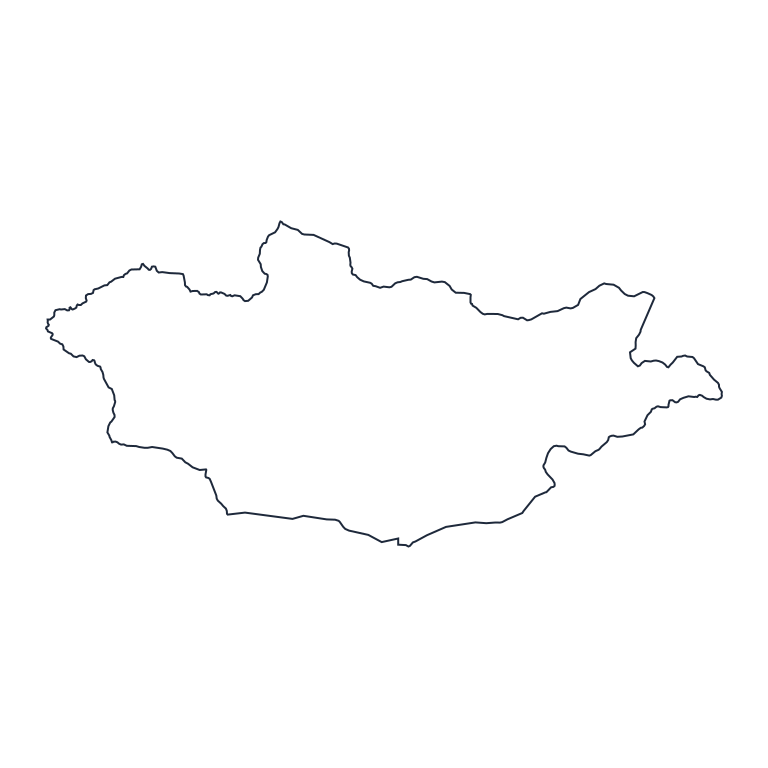 an SVG outline of Mongolia
{"feature_id": "MNG", "entity_name": "Mongolia", "entity_type": "country or territory", "adm_level": 0, "iso_a3": "MNG", "parent_name": "Asia", "parent_adm1": "", "projection": "mercator", "projection_center": [102.872, 46.856], "detail": "fine", "context": "isolated", "style": "outline", "palette": "slate", "viewbox_px": 768, "rotation_deg": 0, "n_neighbors": 0, "source": "natural_earth", "source_scale": "50m", "svg_char_len": 6056}
<svg xmlns="http://www.w3.org/2000/svg" viewBox="0 0 768 768"><path d="M47.6,319.5L50.1,319.5L53.9,316.5L54.3,315.1L54.3,312.5L55.5,310.2L59.7,309.2L61.0,309.5L64.8,309.1L67.2,310.4L69.0,310.3L69.6,309.2L69.6,307.7L70.4,307.3L71.9,309.2L72.7,309.5L74.8,308.6L76.3,307.6L76.8,305.5L77.6,304.5L78.8,305.0L80.8,305.0L82.5,303.4L86.2,301.6L86.6,300.5L85.8,298.1L86.0,295.5L88.1,294.1L91.0,293.9L93.0,292.9L93.6,290.1L94.6,289.3L98.2,288.5L104.4,285.4L107.3,285.1L109.5,282.3L111.1,281.7L115.0,278.7L121.7,276.9L123.3,277.0L123.9,275.2L125.5,273.9L127.1,273.4L129.4,270.5L131.4,269.5L139.6,269.3L141.1,266.8L141.8,264.3L143.0,263.9L144.5,265.9L147.7,268.5L148.7,269.7L149.9,269.9L151.1,268.9L151.9,266.7L153.6,266.4L155.3,266.7L156.8,270.8L158.7,272.5L162.3,272.1L169.7,273.1L179.2,273.5L182.9,274.1L183.6,275.6L184.9,282.4L185.0,285.1L186.0,286.5L187.2,286.9L189.5,289.5L190.5,291.6L192.7,291.0L197.1,290.9L198.9,292.1L199.5,293.6L200.9,294.5L206.7,294.3L207.9,295.1L209.6,295.3L210.5,294.2L213.5,293.5L215.2,292.0L216.5,291.9L218.3,293.7L219.4,293.2L220.0,292.4L221.0,292.4L224.5,293.9L226.2,295.6L227.6,295.8L230.3,295.0L231.0,295.9L232.2,296.3L234.6,295.3L240.3,296.2L242.7,298.7L243.5,300.1L245.0,301.1L248.2,300.8L252.0,297.5L253.0,295.3L255.8,294.2L258.6,294.1L260.3,292.5L261.7,291.9L263.8,289.8L266.9,282.4L267.8,276.4L267.5,274.8L266.3,274.0L264.7,273.7L262.3,271.1L260.9,267.0L260.7,264.2L258.0,259.8L258.2,257.6L259.8,253.8L260.0,249.9L260.5,247.6L261.4,246.7L262.5,244.2L263.8,243.1L265.5,243.0L266.3,242.3L266.7,239.9L268.0,236.6L269.1,235.2L275.1,232.3L277.6,228.8L278.5,227.0L279.5,223.2L280.4,221.5L281.8,222.1L283.4,224.3L284.6,224.4L291.2,228.2L297.8,229.9L302.1,233.9L304.4,234.5L313.6,234.9L329.4,242.1L332.7,244.1L334.5,243.5L336.7,243.6L348.1,247.5L349.0,248.8L349.1,250.6L348.7,252.1L348.9,255.7L349.8,257.6L350.5,262.6L350.3,265.0L350.7,266.3L351.5,267.0L352.4,268.7L351.7,271.5L351.8,273.1L352.8,274.5L355.6,275.1L357.2,277.2L360.1,279.7L363.8,281.4L370.2,282.8L371.7,283.7L373.2,285.8L375.6,286.2L380.1,287.8L383.6,286.6L389.4,287.3L391.5,286.8L395.2,283.3L397.6,282.3L400.3,282.0L402.2,281.2L408.3,279.8L410.8,279.6L414.4,277.2L416.9,276.8L423.3,278.8L427.2,279.1L431.5,281.5L434.4,282.4L441.9,281.6L444.8,282.1L449.6,285.9L451.7,289.5L455.7,292.7L464.1,292.9L470.1,294.1L470.8,294.8L470.5,297.3L470.5,302.4L471.1,303.7L472.0,303.9L472.6,305.6L476.3,307.8L480.4,312.0L482.8,313.8L484.7,314.4L487.3,313.9L497.8,314.0L502.4,315.2L504.0,316.1L518.1,319.3L520.6,317.8L522.9,317.7L527.1,320.3L528.8,320.1L531.3,319.4L542.0,313.3L543.9,313.7L550.4,311.9L557.6,311.1L563.8,308.2L566.3,307.6L570.6,308.4L572.9,307.9L578.1,304.9L580.4,299.0L589.0,292.1L595.5,289.1L599.4,285.7L604.2,283.4L606.1,284.0L613.6,284.7L619.0,287.8L621.0,290.4L624.7,294.0L628.0,295.7L634.1,296.3L642.8,292.0L644.6,292.1L647.4,293.1L651.6,295.0L653.3,296.4L654.4,298.1L640.7,329.9L640.5,331.7L639.0,334.7L636.2,338.2L635.6,342.1L635.7,345.5L635.5,348.6L630.0,352.3L630.7,358.2L631.9,360.4L633.9,362.8L637.9,366.3L639.9,365.5L641.6,363.1L644.9,360.9L650.8,361.5L653.7,360.7L656.0,360.5L658.9,361.1L662.5,362.5L665.2,364.6L667.0,366.9L668.4,367.3L670.6,364.6L672.7,362.6L677.2,356.8L681.6,356.5L682.9,355.9L685.1,355.5L687.1,356.5L692.5,357.0L694.0,358.2L698.0,364.1L703.4,366.3L704.8,367.3L705.6,370.3L706.5,371.3L709.2,372.9L709.9,374.9L714.1,379.7L718.0,382.9L719.0,384.8L719.0,386.7L719.6,388.2L721.9,391.9L721.6,394.0L721.9,395.8L721.3,397.6L717.9,399.7L716.1,399.7L713.0,399.0L710.0,399.4L706.5,398.7L703.6,397.0L702.1,395.7L699.8,394.9L698.6,395.3L697.2,397.0L695.7,396.7L694.2,397.0L688.5,396.3L683.5,397.8L680.1,399.3L678.1,401.8L676.6,402.4L675.1,402.2L672.5,400.2L670.2,400.3L669.5,400.7L668.5,404.8L668.5,406.2L668.0,407.1L666.7,407.4L660.6,407.1L658.0,406.3L656.5,406.7L654.5,408.3L653.0,408.6L651.8,409.3L650.9,411.8L647.5,415.2L644.5,421.5L645.1,424.3L644.1,426.0L642.3,427.6L640.8,427.8L638.6,429.4L633.3,434.4L622.4,436.5L617.3,436.8L613.5,435.6L611.5,435.8L609.7,436.5L608.8,437.2L608.2,440.0L606.8,442.1L601.5,446.6L599.6,448.9L598.6,449.8L595.4,451.2L590.7,455.1L589.3,455.6L583.3,454.3L578.0,453.7L570.8,451.6L568.5,450.5L566.4,447.8L564.6,446.4L558.3,446.2L556.6,445.7L553.8,446.2L550.7,449.0L548.0,453.2L546.4,457.8L545.2,462.5L543.5,465.3L543.4,466.8L543.9,468.1L545.1,469.6L545.8,471.9L547.6,474.4L552.5,479.5L554.5,483.0L554.7,484.8L554.5,486.0L553.4,486.9L551.1,487.3L546.4,492.2L545.5,492.3L535.1,496.7L523.6,511.0L522.3,513.0L507.5,519.3L502.2,522.1L500.0,522.6L495.6,522.5L486.3,523.2L475.4,522.4L446.0,526.9L427.0,535.2L415.4,541.5L412.9,542.4L409.9,545.9L408.4,546.5L405.9,545.1L398.2,544.7L398.2,538.5L381.7,542.1L368.3,534.9L349.0,530.6L345.2,528.9L343.2,526.8L339.7,521.8L338.6,520.8L335.1,519.7L326.7,519.4L303.4,515.8L292.5,518.9L245.0,512.6L227.7,514.6L227.0,513.8L226.8,510.9L225.9,508.6L223.2,506.1L221.3,503.8L217.8,500.6L216.7,498.6L216.3,495.5L211.0,481.8L209.7,478.9L208.5,478.0L206.1,477.4L205.5,476.4L205.5,474.5L206.3,469.9L206.0,469.4L199.7,470.0L192.6,467.3L188.0,463.7L185.3,462.3L181.8,458.6L176.7,457.7L174.8,456.3L172.4,453.1L170.4,451.0L167.4,449.7L162.8,448.6L152.1,447.0L147.7,447.8L144.5,447.8L139.2,447.0L136.2,446.1L126.8,445.8L123.8,444.4L121.1,444.6L119.2,443.8L117.4,442.3L115.6,441.6L113.6,441.7L112.7,442.3L112.0,442.3L111.4,440.3L109.6,437.0L109.3,435.6L107.4,432.4L108.4,426.2L110.2,422.5L111.4,421.6L114.6,417.0L114.5,414.9L113.4,412.7L112.7,409.9L112.8,408.3L113.9,406.3L115.2,402.0L115.1,400.9L114.6,400.0L114.2,395.3L111.8,389.0L108.6,387.4L103.9,378.8L103.5,377.4L103.3,374.9L102.5,372.0L100.8,369.1L100.5,367.3L100.1,366.6L97.5,365.8L95.7,364.4L94.9,362.6L94.6,361.1L94.1,360.3L92.6,360.0L91.6,361.3L90.0,362.0L88.9,361.9L85.9,359.3L84.3,356.3L82.6,355.5L79.4,355.7L76.6,357.1L73.5,356.4L70.8,353.7L69.1,353.3L63.6,349.5L63.4,346.5L62.3,344.3L60.2,343.7L58.0,341.6L51.1,338.9L50.8,338.1L50.9,337.4L52.5,335.1L52.7,334.1L52.1,333.2L47.9,331.4L47.5,330.0L46.1,328.5L46.3,327.3L48.5,325.8L48.8,324.7L48.0,323.7L47.6,322.2L47.8,321.0L47.6,319.5Z" fill="none" stroke="#1e293b" stroke-width="2"/></svg>